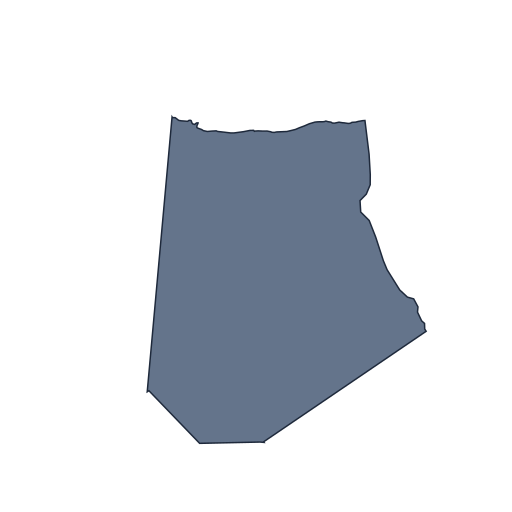 outline of Morne La Croix, Soufrière, Saint Lucia, rotated 58°
{"feature_id": "8701671B11486827062004", "entity_name": "Morne La Croix", "entity_type": "district", "adm_level": 2, "iso_a3": "LCA", "parent_name": "Saint Lucia", "parent_adm1": "Soufrière", "projection": "mercator", "projection_center": [-61.064, 13.818], "detail": "fine", "context": "isolated", "style": "filled", "palette": "slate", "viewbox_px": 512, "rotation_deg": 58, "n_neighbors": 0, "source": "geoboundaries", "source_scale": "gbopen_adm2", "svg_char_len": 1396}
<svg xmlns="http://www.w3.org/2000/svg" viewBox="0 0 512 512"><g transform="rotate(58 256 256)"><path d="M418.4,347.9L417.6,347.9L410.0,151.6L407.3,151.6L402.5,148.8L398.8,149.9L389.2,148.8L385.0,145.6L375.9,145.0L371.1,149.4L361.0,152.1L337.1,152.1L327.5,150.5L303.5,144.5L285.9,141.2L274.2,143.9L264.1,138.4L262.0,129.7L256.1,121.4L247.6,116.0L229.5,106.1L198.8,91.8L197.8,93.7L196.0,98.1L195.6,99.5L195.3,100.5L193.5,103.8L193.4,105.7L192.5,107.5L189.7,110.8L189.0,111.8L186.5,114.7L185.3,118.0L185.0,118.9L183.7,120.8L182.7,121.2L182.1,121.6L180.3,123.7L179.2,124.7L178.6,125.2L178.2,126.9L177.4,128.5L175.8,131.0L174.8,132.8L173.7,135.0L172.1,140.7L171.3,146.1L170.2,151.4L169.6,155.4L168.4,159.1L166.8,163.8L163.9,168.9L161.7,172.8L160.9,175.0L159.4,177.1L158.6,177.5L155.9,180.4L153.5,184.3L151.0,187.9L149.6,190.5L149.4,191.3L148.2,191.4L146.3,194.6L143.9,200.8L140.0,209.4L138.2,212.3L133.7,217.9L130.0,222.6L128.8,223.4L126.8,227.0L124.6,231.3L121.8,234.2L119.9,235.1L117.1,237.3L116.0,238.0L115.3,237.9L113.9,236.7L112.9,235.0L112.4,234.6L111.7,235.7L111.7,237.2L112.0,238.2L110.5,239.6L109.2,239.8L107.1,239.3L106.6,239.4L106.1,239.8L105.5,240.9L105.5,242.7L103.1,245.9L101.8,247.7L100.0,249.7L98.3,250.3L95.9,251.2L95.1,252.3L94.7,253.0L94.0,253.5L93.6,253.5L313.5,420.2L313.5,418.2L385.0,403.1L415.9,351.2L418.4,347.9Z" fill="#64748b" stroke="#1e293b" stroke-width="1.5"/></g></svg>